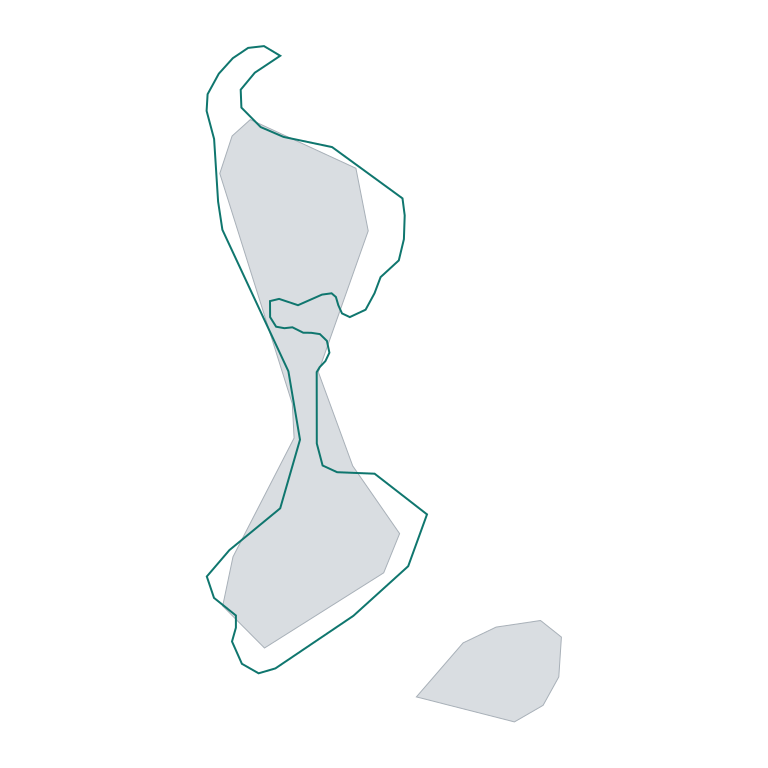 where Miquelon-Langlade sits in Saint Pierre and Miquelon
{"feature_id": "SPM-4867", "entity_name": "Miquelon-Langlade", "entity_type": "Commune", "adm_level": 1, "iso_a3": "SPM", "parent_name": "Saint Pierre and Miquelon", "parent_adm1": "", "projection": "natural_earth1", "projection_center": [-56.329, 46.961], "detail": "fine", "context": "in_parent", "style": "outline", "palette": "teal", "viewbox_px": 768, "rotation_deg": 0, "n_neighbors": 0, "source": "natural_earth", "source_scale": "10m", "svg_char_len": 1238}
<svg xmlns="http://www.w3.org/2000/svg" viewBox="0 0 768 768"><path d="M383.7,572.8L264.5,648.0L222.7,606.0L233.0,556.8L294.1,438.0L292.3,403.7L219.8,173.5L232.1,136.0L250.3,119.6L355.9,168.3L368.2,230.9L318.3,372.0L352.7,465.9L399.6,533.6L383.7,572.8ZM543.1,705.3L514.4,721.9L416.4,696.9L463.1,642.9L496.1,627.1L540.5,620.5L561.4,637.1L558.8,676.9L543.1,705.3Z" fill="#d9dde1" stroke="#a8b0b8" stroke-width="1"/><path d="M374.6,473.7L427.0,514.4L408.2,566.2L353.4,615.8L275.4,668.4L258.6,673.3L241.9,663.8L232.0,641.5L235.9,627.7L235.9,615.5L214.0,597.9L206.8,576.5L229.4,550.1L280.2,508.3L300.0,439.7L288.4,371.3L222.4,229.8L218.1,201.6L214.1,139.0L206.6,110.9L207.6,94.2L218.8,73.7L232.8,58.2L248.1,47.9L264.0,46.1L280.2,55.8L254.8,72.7L240.7,89.7L241.4,107.6L260.7,127.1L283.5,136.9L332.1,147.1L402.5,198.4L404.7,215.4L403.9,239.2L398.8,260.4L380.6,277.1L374.5,293.3L365.6,309.7L349.8,317.1L342.0,313.4L338.3,305.2L335.9,297.0L331.6,293.3L322.0,294.6L298.0,305.2L279.1,298.9L270.0,301.1L270.1,317.1L276.1,326.7L284.4,328.2L292.4,327.3L303.2,332.7L311.2,332.8L319.9,334.1L326.9,340.9L329.4,352.7L325.4,361.1L319.7,367.1L316.7,372.1L316.8,443.5L322.6,465.5L337.1,472.2L374.6,473.7Z" fill="none" stroke="#0f766e" stroke-width="2"/></svg>